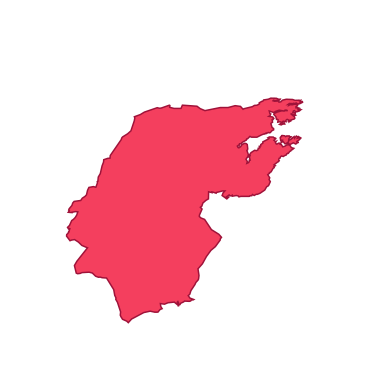 Sarpsborg nor, Østfold, Norway (Albers equal-area conic projection), rotated 240°
{"feature_id": "86288312B37493332543742", "entity_name": "Sarpsborg nor", "entity_type": "district", "adm_level": 2, "iso_a3": "NOR", "parent_name": "Norway", "parent_adm1": "Østfold", "projection": "albers", "projection_center": [11.136, 59.264], "detail": "fine", "context": "isolated", "style": "filled", "palette": "rose", "viewbox_px": 384, "rotation_deg": 240, "n_neighbors": 0, "source": "geoboundaries", "source_scale": "gbopen_adm2", "svg_char_len": 6091}
<svg xmlns="http://www.w3.org/2000/svg" viewBox="0 0 384 384"><g transform="rotate(240 192 192)"><path d="M282.4,204.0L285.0,190.7L284.9,185.9L286.0,179.7L284.7,179.5L282.5,177.6L275.5,169.7L274.6,165.4L274.4,159.5L274.0,158.3L272.7,156.8L264.5,139.5L262.3,137.9L263.3,135.8L264.1,131.7L262.1,130.3L259.6,127.2L253.8,121.8L251.8,118.3L248.3,115.8L248.4,115.2L247.1,114.6L244.2,111.1L246.0,109.3L247.5,105.0L245.7,102.4L242.3,99.2L241.7,97.2L241.5,93.9L240.3,91.4L242.8,85.2L242.1,83.2L240.4,81.3L238.9,77.2L237.9,76.1L237.1,76.4L236.3,74.7L234.2,77.7L234.5,77.8L233.3,81.3L231.9,83.2L229.7,80.7L228.3,78.1L227.6,75.7L227.4,73.5L224.3,69.2L223.6,66.5L221.6,66.6L221.4,67.0L221.8,67.5L221.4,67.9L219.0,65.4L219.2,65.2L218.2,63.9L217.8,62.2L216.5,61.3L210.8,62.0L210.6,63.6L209.5,66.5L205.4,68.6L200.8,69.9L195.9,73.6L189.6,57.7L187.1,53.4L179.6,51.2L178.4,52.1L177.4,54.5L177.2,56.4L174.0,62.8L171.6,65.2L167.3,66.4L165.0,68.3L164.1,70.1L162.8,71.2L160.2,75.0L146.6,75.4L141.1,73.4L138.3,73.2L137.1,72.3L133.8,72.3L123.8,70.2L121.2,68.3L119.5,68.1L116.5,68.2L112.8,70.9L110.7,71.5L112.2,76.2L111.7,90.0L109.7,96.2L106.6,99.6L105.0,102.4L106.2,105.6L105.9,107.8L108.4,107.7L111.2,108.8L108.6,112.1L108.1,115.8L105.5,121.6L101.0,123.3L103.9,124.1L104.2,125.0L102.5,124.9L100.7,123.4L100.5,125.2L101.3,126.6L101.0,129.9L101.3,130.9L98.6,135.1L98.3,136.4L98.8,137.5L98.0,139.0L98.0,139.8L101.1,137.2L104.1,136.9L104.6,139.0L107.1,141.7L110.4,148.3L111.7,150.1L112.7,153.2L113.4,154.2L116.2,156.3L122.5,158.8L124.6,165.1L128.9,172.2L132.0,179.2L133.0,184.9L136.3,192.4L137.2,193.0L138.0,194.9L142.0,194.1L149.7,190.0L162.0,189.2L165.0,186.8L167.1,186.1L168.3,186.9L172.2,192.2L174.6,191.6L174.8,193.4L177.0,195.9L177.8,199.9L177.8,202.8L183.9,206.5L181.4,209.0L182.1,209.3L181.6,209.9L178.9,212.3L179.4,212.8L177.5,219.4L176.5,221.0L175.7,218.5L173.9,216.3L168.6,218.7L169.2,221.2L170.1,220.6L170.2,219.0L170.6,219.1L170.9,222.7L169.7,223.0L169.1,224.2L169.1,225.2L168.2,224.8L166.8,228.6L165.4,230.1L164.3,230.2L163.8,232.1L159.5,239.6L159.8,240.2L158.9,241.9L159.6,243.1L157.9,244.1L157.9,246.5L157.3,247.5L156.9,250.3L157.3,256.0L159.2,259.2L159.2,261.2L159.6,262.0L161.8,265.0L164.3,265.0L165.4,266.4L169.2,266.3L169.4,268.5L170.0,268.7L169.9,270.6L171.9,274.0L172.0,275.4L173.1,275.6L173.1,277.3L174.5,276.6L175.2,281.4L175.0,281.9L175.5,283.2L176.4,283.0L177.6,284.3L177.3,285.1L178.3,286.4L178.4,287.5L177.1,288.8L177.2,290.6L176.9,292.0L177.7,293.2L177.4,294.2L177.7,294.6L177.4,294.9L178.2,296.8L178.2,298.3L178.7,298.9L178.5,300.2L178.9,302.0L180.8,300.2L182.9,300.2L184.7,299.3L185.4,297.4L185.2,295.7L185.7,293.2L188.4,293.1L189.2,292.2L190.0,293.2L191.0,291.5L191.0,289.7L191.4,289.0L193.2,289.0L193.8,290.2L193.9,289.5L195.8,288.8L196.1,290.2L196.5,290.3L196.3,291.2L196.5,291.4L197.5,290.8L197.6,290.2L198.9,289.9L201.0,286.5L201.0,284.9L200.0,285.5L199.7,284.9L200.0,278.4L198.9,277.8L198.7,275.3L197.5,274.5L197.9,273.1L196.5,273.0L196.3,272.3L196.8,271.3L195.5,270.1L195.5,268.6L196.8,267.1L196.6,262.8L195.5,260.6L194.4,260.6L193.9,259.3L190.5,258.3L190.9,257.6L189.6,256.6L189.2,255.4L189.4,253.8L190.7,255.2L193.3,255.1L194.1,256.3L194.2,257.7L194.6,257.7L194.8,258.9L195.5,258.9L195.5,259.4L200.6,260.3L200.7,261.1L201.6,261.9L205.5,263.6L206.9,263.1L207.9,261.9L208.0,259.1L206.8,256.5L207.3,255.5L206.4,254.1L207.4,255.1L207.7,254.1L209.1,254.2L209.4,256.5L209.0,256.6L210.0,257.3L209.3,258.4L209.6,259.4L208.9,259.5L209.6,259.5L209.9,260.3L209.8,265.0L210.6,265.8L210.3,266.7L211.2,270.0L209.9,270.7L207.0,275.6L206.7,280.7L206.2,283.8L205.8,284.0L206.0,285.6L205.5,285.6L205.4,287.8L204.5,288.7L204.3,289.6L205.1,291.7L205.0,293.8L206.2,294.4L207.8,293.6L211.7,294.5L212.1,295.0L212.1,296.6L214.7,297.6L214.8,298.0L214.2,298.3L214.8,299.7L216.6,299.4L219.1,296.4L219.1,297.8L220.2,299.2L220.9,298.6L223.5,299.4L219.9,302.6L220.1,304.5L219.3,308.4L216.2,312.1L216.4,313.2L216.0,314.4L214.6,315.6L215.9,313.4L216.0,312.3L217.4,310.4L218.6,305.8L218.9,302.3L218.2,301.6L215.4,302.3L212.6,301.5L212.4,302.2L211.5,302.7L209.6,301.2L208.8,303.4L207.6,304.2L207.0,303.5L206.8,301.6L205.5,302.8L205.4,304.7L204.5,306.3L205.6,306.4L205.6,305.6L207.3,304.4L207.6,305.3L207.2,305.9L207.7,306.4L205.8,308.7L207.0,309.1L207.4,310.2L207.2,310.9L205.3,312.2L205.4,310.1L204.8,312.4L204.2,311.6L204.2,313.2L205.0,313.1L204.1,317.1L204.5,318.0L206.0,318.3L209.9,316.8L210.1,317.0L206.8,319.6L206.7,320.2L207.5,319.8L208.8,321.1L210.4,319.1L211.5,320.4L211.2,321.5L209.9,321.5L209.0,323.1L208.5,325.5L208.8,327.2L209.6,325.6L210.0,326.6L210.6,325.3L210.9,325.6L211.0,324.7L211.3,326.2L211.7,325.5L212.1,325.8L212.9,324.1L213.8,324.5L213.9,326.1L214.6,327.2L216.7,324.8L217.4,322.4L218.5,320.8L218.6,319.3L219.0,319.9L218.8,320.8L219.8,318.8L220.0,320.6L218.2,323.4L218.1,324.3L217.5,324.8L216.9,326.9L215.6,327.4L214.6,329.3L214.4,332.6L215.1,332.8L215.6,330.5L217.0,332.1L217.4,330.6L217.9,330.7L219.9,327.0L221.8,325.4L225.2,320.0L226.3,316.2L225.7,314.1L226.3,312.3L227.4,312.6L229.3,308.9L230.5,307.8L230.8,308.4L229.2,310.0L229.3,310.4L228.1,312.8L227.9,314.2L228.3,314.8L228.9,313.5L231.0,311.9L233.9,307.1L234.2,304.5L235.9,300.1L235.2,298.5L235.6,297.8L235.6,294.8L234.6,294.5L234.6,291.8L235.8,289.3L235.7,287.0L238.2,278.5L238.1,277.6L241.9,276.8L245.2,272.5L247.1,265.5L251.0,258.7L256.0,243.9L260.1,240.8L263.8,239.2L272.0,227.1L269.9,224.3L273.4,218.2L276.5,215.0L278.0,216.1L278.5,215.8L280.1,207.3L280.8,205.7L282.4,204.0ZM190.6,294.9L190.0,293.9L190.4,296.1L187.2,296.6L186.9,297.5L187.1,300.4L186.1,299.3L184.1,301.0L183.9,304.3L181.7,305.8L181.7,307.0L182.1,308.0L181.5,309.4L182.7,307.8L183.4,308.0L183.6,311.1L184.3,313.3L185.1,312.9L185.8,310.6L186.2,312.2L187.0,311.8L187.2,310.7L188.3,310.3L187.3,307.7L188.9,308.2L188.7,305.5L188.4,305.5L188.7,304.9L188.1,304.3L188.4,301.5L189.7,302.5L190.5,305.2L191.3,304.0L192.0,304.2L192.9,302.4L193.4,302.9L193.1,302.3L193.2,300.7L194.3,300.4L195.9,298.3L196.0,297.8L195.2,297.2L195.4,296.3L194.9,295.5L192.6,294.7L191.6,296.2L191.3,295.8L191.5,294.6L190.6,294.9Z" fill="#f43f5e" stroke="#9f1239" stroke-width="1.5"/></g></svg>